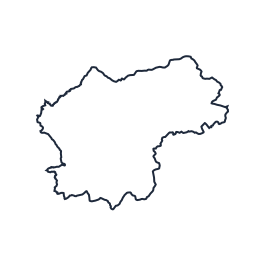 Inza, Cauca, Colombia (Mercator projection), rotated 198°
{"feature_id": "7082276B42793488331490", "entity_name": "Inza", "entity_type": "district", "adm_level": 2, "iso_a3": "COL", "parent_name": "Colombia", "parent_adm1": "Cauca", "projection": "mercator", "projection_center": [-76.088, 2.499], "detail": "fine", "context": "isolated", "style": "outline", "palette": "slate", "viewbox_px": 256, "rotation_deg": 198, "n_neighbors": 0, "source": "geoboundaries", "source_scale": "gbopen_adm2", "svg_char_len": 5795}
<svg xmlns="http://www.w3.org/2000/svg" viewBox="0 0 256 256"><g transform="rotate(198 128 128)"><path d="M215.1,128.3L214.9,127.8L214.4,127.3L214.7,125.5L213.7,124.0L215.6,122.6L216.7,121.2L216.6,120.4L216.3,120.1L215.1,120.1L214.6,119.8L214.9,119.2L215.8,119.0L215.9,118.8L215.2,115.3L215.4,112.3L215.8,111.9L217.7,112.1L218.1,111.8L217.0,110.9L216.7,110.5L217.1,108.0L215.9,105.7L215.7,105.6L214.4,105.7L213.1,105.6L212.8,105.3L212.0,103.3L210.1,102.9L209.1,102.3L208.8,101.5L208.9,100.2L209.9,98.3L210.3,98.0L209.6,97.0L208.6,96.8L207.0,97.3L206.3,97.7L202.0,97.5L197.7,94.7L196.9,93.8L195.6,93.5L194.6,92.9L193.2,91.9L191.8,90.2L190.8,89.8L189.4,88.4L187.0,87.2L186.3,86.3L184.7,85.5L184.4,84.9L184.1,83.3L182.4,79.5L182.6,78.5L182.4,77.8L180.7,74.9L179.4,74.1L177.6,74.2L177.1,74.1L176.5,73.4L176.5,73.0L176.9,72.7L178.4,72.8L178.9,72.6L179.6,72.5L181.8,69.8L182.7,69.4L183.5,69.3L185.6,67.9L187.1,67.6L187.1,67.3L188.9,67.2L189.2,66.8L189.1,66.4L190.2,65.8L191.2,64.9L191.7,64.1L191.7,63.5L192.4,62.5L191.0,62.4L190.5,61.7L188.9,61.8L188.0,62.0L187.8,62.4L186.9,63.0L186.5,62.9L185.1,63.6L184.9,63.7L184.7,63.5L184.3,63.7L183.7,63.6L183.5,63.0L183.1,62.8L182.9,62.2L181.9,61.7L181.7,61.4L181.8,60.8L182.6,59.9L182.4,58.3L181.5,57.8L181.5,57.4L180.8,57.1L179.3,56.1L179.3,54.4L178.6,53.1L178.1,52.6L178.1,50.8L178.7,50.0L179.3,48.9L178.9,48.4L178.5,45.4L177.1,45.5L176.0,44.7L175.3,45.0L174.9,44.6L174.9,43.7L174.5,43.6L173.4,44.1L171.6,45.6L169.8,46.2L169.1,46.2L167.9,43.5L166.9,42.4L166.6,41.3L166.1,40.9L164.9,41.7L163.6,43.3L162.9,44.5L162.5,45.7L161.5,46.1L160.7,46.9L158.4,47.0L157.7,46.8L156.3,47.1L155.6,47.9L150.8,50.7L149.4,52.8L148.6,54.4L148.1,55.0L147.6,55.0L146.3,53.6L144.6,52.5L143.2,49.8L142.4,47.8L141.9,47.0L141.1,46.9L139.7,47.1L136.7,48.8L134.0,50.8L133.1,51.9L132.7,52.9L131.7,53.0L128.1,52.5L126.4,52.7L124.5,52.2L123.7,51.1L122.2,50.7L121.7,50.2L121.1,49.0L120.1,48.3L120.0,47.0L118.7,46.0L117.5,45.9L117.1,46.1L116.8,46.5L115.6,50.2L113.9,51.2L112.6,53.2L112.3,55.8L111.7,57.2L111.3,60.5L110.9,61.6L110.6,63.0L109.0,66.0L108.1,66.6L106.1,67.4L105.7,67.4L105.2,67.2L104.3,66.2L102.8,65.4L100.6,65.5L100.0,65.2L98.6,62.7L97.8,62.3L96.7,62.4L94.4,63.6L93.3,64.6L92.1,65.1L91.1,65.1L90.1,65.4L88.9,66.2L88.7,66.8L88.7,68.0L87.3,69.5L86.4,72.6L85.0,75.5L84.8,76.8L85.2,78.9L84.3,81.7L84.2,82.9L86.4,85.0L87.9,88.9L90.9,94.3L90.7,95.1L90.0,96.1L88.8,97.2L86.9,98.3L85.9,99.2L86.2,102.0L86.9,103.3L87.6,104.2L89.8,104.3L90.9,104.6L91.8,105.5L93.2,107.4L94.3,108.1L95.0,108.8L95.0,109.5L93.8,111.8L93.8,112.3L94.8,113.4L96.5,114.2L97.4,115.9L97.0,116.5L95.2,117.1L94.9,118.6L94.2,119.7L92.7,120.3L91.5,121.1L91.4,121.4L91.6,122.2L92.3,123.0L91.5,126.5L92.3,127.6L92.3,129.4L91.0,130.5L89.8,131.0L87.5,135.9L87.0,136.6L85.1,137.2L84.2,137.7L83.2,137.0L83.0,135.8L82.5,135.7L81.1,136.9L81.0,137.9L80.8,138.3L81.0,138.9L80.8,139.2L79.5,139.5L77.4,139.4L76.1,141.0L74.1,140.4L73.7,140.4L70.8,142.1L69.5,143.7L68.9,143.4L66.5,144.6L66.0,144.6L64.8,144.6L63.0,144.1L62.7,144.5L61.7,144.8L60.3,144.3L58.8,144.2L57.5,144.7L56.1,145.8L54.9,147.0L54.8,147.6L57.2,150.0L58.6,151.9L58.6,152.1L56.5,156.4L56.2,156.4L54.5,155.6L50.8,153.1L50.2,154.1L49.0,154.5L49.0,154.9L49.4,155.7L49.0,156.1L48.1,156.6L47.9,157.9L46.8,160.4L46.3,161.1L45.3,161.6L44.4,161.5L43.7,161.1L43.1,160.1L42.5,159.9L41.3,160.7L40.4,162.0L38.5,163.1L37.9,163.9L38.1,165.3L38.0,167.3L38.1,167.9L39.0,169.1L39.5,170.4L39.5,171.1L38.7,173.4L38.0,174.5L38.7,176.3L40.3,177.5L40.2,179.3L42.0,177.9L47.0,178.0L50.5,177.6L53.4,177.6L55.0,177.3L56.1,177.3L56.2,178.3L56.0,179.1L55.4,180.0L53.1,182.1L52.8,184.6L52.0,185.6L51.1,187.2L51.0,187.7L51.2,188.2L51.7,188.6L52.7,188.9L52.5,190.2L52.5,192.2L52.3,192.6L51.3,193.1L51.2,195.2L51.0,195.6L51.1,196.1L51.7,196.7L53.1,197.4L53.6,198.5L55.2,199.3L57.6,199.7L59.2,200.8L60.8,201.0L63.7,202.0L65.8,199.9L68.3,199.3L69.5,198.7L70.7,198.5L72.2,198.5L72.7,198.8L73.5,199.8L74.4,199.9L75.2,200.5L75.6,202.8L75.5,204.4L76.0,204.9L76.8,205.4L77.8,205.8L80.9,206.1L81.2,206.6L81.1,208.9L81.7,209.6L84.5,211.6L85.7,212.7L87.5,213.4L89.2,213.7L90.4,215.1L92.5,214.9L95.0,214.2L96.4,213.4L97.9,212.1L99.0,210.5L100.4,209.3L105.6,207.3L106.0,206.9L108.1,206.0L108.9,205.3L109.0,204.5L109.0,200.7L109.7,199.2L111.6,196.9L113.6,196.3L115.5,196.2L116.9,195.9L120.0,194.0L122.9,191.0L123.8,190.5L126.4,189.9L127.2,189.3L127.8,188.4L128.4,188.1L130.1,187.6L132.6,186.5L135.8,185.6L137.2,184.8L137.6,184.3L138.7,180.5L139.3,180.1L142.4,178.9L144.1,177.8L145.8,175.2L146.7,173.1L147.2,172.9L149.0,173.2L149.3,172.8L149.3,171.3L149.5,171.1L149.8,170.9L150.8,171.1L151.7,171.0L152.5,169.4L153.6,168.2L155.8,168.1L157.7,168.4L161.0,169.7L162.4,169.6L164.5,170.6L165.6,170.6L166.4,170.8L167.3,171.3L168.4,172.3L169.3,172.7L171.2,173.2L173.0,173.2L174.5,173.7L177.1,175.6L179.2,175.3L181.1,174.6L181.5,173.7L181.6,171.8L183.3,168.0L183.6,165.2L185.3,163.9L185.9,160.4L186.5,159.6L186.6,157.8L186.8,157.2L186.5,156.6L186.8,156.0L186.2,154.9L186.9,154.2L187.3,153.0L187.9,152.6L188.8,151.5L190.0,151.0L191.1,149.9L191.4,149.2L192.2,148.6L194.2,147.6L194.4,147.4L194.4,146.6L195.1,146.3L195.3,145.9L195.2,145.6L194.8,145.2L195.5,144.5L196.2,144.3L197.5,143.5L197.5,142.7L197.8,142.3L197.2,141.7L197.5,141.4L198.1,141.2L198.5,140.6L198.4,139.9L199.3,139.1L199.4,138.6L200.8,138.3L201.4,137.8L202.1,137.7L201.9,136.9L202.3,136.1L202.8,136.2L202.9,135.3L203.0,134.9L203.0,134.4L203.3,134.0L203.2,133.6L203.4,133.3L203.2,132.6L203.7,130.8L204.2,130.7L204.7,130.0L204.7,129.5L205.3,129.3L205.5,128.7L205.9,128.4L205.8,127.8L206.6,126.9L206.4,126.4L206.8,126.1L206.7,125.8L207.9,125.5L208.5,125.6L209.1,126.3L209.6,126.4L209.9,126.9L210.3,126.7L210.9,127.0L212.0,126.9L212.4,127.2L212.2,127.8L213.4,127.6L213.8,128.0L214.1,127.9L215.1,128.3Z" fill="none" stroke="#1e293b" stroke-width="2"/></g></svg>